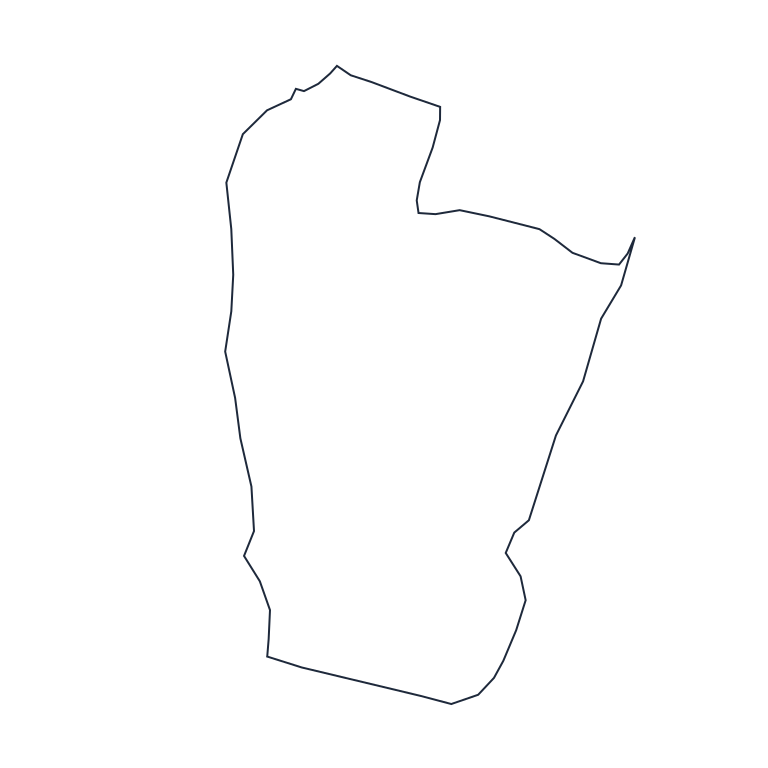 the district of Orsa, Dalarna, Sweden, rotated 15°
{"feature_id": "70781695B64555643883155", "entity_name": "Orsa", "entity_type": "district", "adm_level": 2, "iso_a3": "SWE", "parent_name": "Sweden", "parent_adm1": "Dalarna", "projection": "orthographic", "projection_center": [14.747, 61.336], "detail": "fine", "context": "isolated", "style": "outline", "palette": "slate", "viewbox_px": 768, "rotation_deg": 15, "n_neighbors": 0, "source": "geoboundaries", "source_scale": "gbopen_adm2", "svg_char_len": 904}
<svg xmlns="http://www.w3.org/2000/svg" viewBox="0 0 768 768"><g transform="rotate(15 384 384)"><path d="M222.5,121.7L220.4,133.0L200.2,149.9L183.0,179.2L179.6,230.3L196.4,273.9L210.1,317.5L217.7,353.3L222.2,393.8L243.8,436.0L259.3,473.6L282.5,517.4L296.5,559.7L293.3,586.3L314.5,606.1L315.2,606.8L332.4,631.9L338.6,660.2L341.6,676.6L341.7,677.5L377.9,679.1L500.4,675.8L531.9,675.7L533.0,674.9L555.4,659.8L566.3,639.4L570.9,620.5L575.4,587.6L576.8,556.2L565.7,534.4L545.3,515.7L548.3,493.8L559.2,478.1L563.4,389.2L575.6,329.9L576.8,264.7L587.5,227.4L588.4,177.4L588.3,177.6L585.6,194.9L580.1,207.8L562.2,211.2L532.1,208.5L510.9,199.7L494.1,194.2L442.3,194.8L412.1,196.5L389.8,206.6L373.1,209.9L368.1,198.2L366.4,179.8L369.8,143.0L369.8,114.6L366.5,101.8L334.8,99.6L294.2,95.6L272.0,94.4L256.2,88.9L251.6,98.0L242.9,111.0L230.9,121.8L222.5,121.7Z" fill="none" stroke="#1e293b" stroke-width="2"/></g></svg>